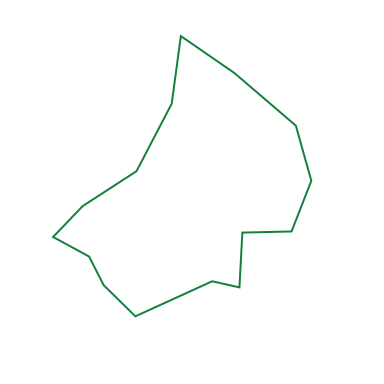 Bracknell Forest, orthographic projection, rotated 25°
{"feature_id": "GBR-5702", "entity_name": "Bracknell Forest", "entity_type": "Unitary Authority", "adm_level": 1, "iso_a3": "GBR", "parent_name": "United Kingdom", "parent_adm1": "", "projection": "orthographic", "projection_center": [-0.768, 51.401], "detail": "fine", "context": "isolated", "style": "outline", "palette": "green", "viewbox_px": 384, "rotation_deg": 25, "n_neighbors": 0, "source": "natural_earth", "source_scale": "10m", "svg_char_len": 352}
<svg xmlns="http://www.w3.org/2000/svg" viewBox="0 0 384 384"><g transform="rotate(25 192 192)"><path d="M193.2,328.6L151.4,313.8L126.0,294.0L85.1,291.5L98.9,250.9L132.9,196.6L136.3,120.6L116.0,55.4L180.3,66.3L258.1,88.0L295.4,131.4L298.9,185.7L254.8,207.5L275.3,258.4L248.0,264.4L193.2,328.6Z" fill="none" stroke="#15803d" stroke-width="2"/></g></svg>